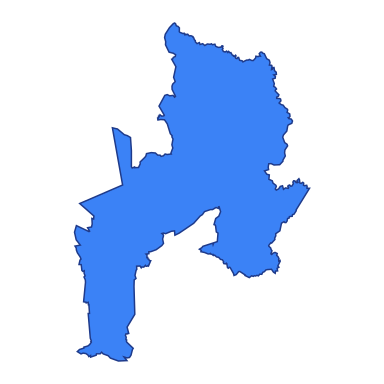 Actopan, Hidalgo, Mexico (Natural Earth projection)
{"feature_id": "50627088B28415478527281", "entity_name": "Actopan", "entity_type": "district", "adm_level": 2, "iso_a3": "MEX", "parent_name": "Mexico", "parent_adm1": "Hidalgo", "projection": "natural_earth1", "projection_center": [-98.884, 20.309], "detail": "fine", "context": "isolated", "style": "filled", "palette": "blue", "viewbox_px": 384, "rotation_deg": 0, "n_neighbors": 0, "source": "geoboundaries", "source_scale": "gbopen_adm2", "svg_char_len": 5944}
<svg xmlns="http://www.w3.org/2000/svg" viewBox="0 0 384 384"><path d="M273.7,86.4L274.3,83.6L272.6,79.0L275.2,78.2L275.4,76.4L273.8,74.9L276.4,74.4L276.2,72.2L274.5,70.6L274.0,67.5L273.2,67.6L272.3,69.3L271.5,69.6L272.0,66.1L271.6,65.3L269.4,65.1L270.0,62.6L269.3,60.2L266.7,58.7L264.3,53.7L262.6,53.1L261.8,52.1L260.5,52.2L259.2,53.7L260.4,56.2L259.0,56.1L258.2,56.6L255.9,56.2L255.6,58.0L253.3,60.5L251.8,60.5L249.3,59.4L248.6,60.0L246.5,60.1L242.9,61.9L242.2,60.8L239.6,60.3L238.6,57.4L237.9,57.4L237.0,58.6L235.8,58.3L235.4,57.5L236.0,55.8L235.6,55.2L234.3,56.4L233.5,56.2L233.4,55.5L232.3,55.1L230.9,52.6L230.0,52.8L228.6,51.4L227.8,52.5L226.6,51.1L225.2,52.0L223.4,51.5L222.3,49.4L223.0,48.6L222.4,47.3L223.0,46.2L222.5,45.8L221.9,45.8L220.8,47.2L218.2,47.4L215.7,46.3L214.9,44.2L212.4,44.7L211.4,43.8L210.1,44.3L207.3,44.0L204.8,45.5L202.7,43.7L200.0,44.5L199.4,42.6L197.0,43.6L195.4,41.9L195.3,40.6L194.3,39.6L193.8,37.9L193.0,37.4L193.0,36.6L190.9,35.7L189.2,35.9L187.7,34.2L186.9,34.7L185.8,34.1L185.0,34.9L184.1,33.2L183.1,33.6L179.8,32.3L179.3,31.7L179.4,27.9L178.0,26.4L176.3,25.8L175.6,23.8L174.7,23.0L173.3,23.6L169.5,27.6L165.3,34.2L164.6,37.6L165.7,41.7L165.5,44.8L169.1,52.2L173.2,53.2L175.6,54.7L175.3,56.5L173.3,57.4L172.8,58.7L171.7,59.2L175.9,66.7L173.6,77.3L175.2,81.6L172.7,84.1L172.0,86.2L172.1,89.4L175.5,96.3L174.6,97.2L173.0,95.4L169.7,95.8L167.2,94.6L164.8,95.4L159.0,106.1L164.3,115.2L163.9,115.8L161.8,116.2L160.0,114.8L159.7,115.6L159.1,115.5L159.1,116.5L158.5,116.5L158.6,117.4L157.7,117.9L158.1,118.8L157.4,118.4L158.3,119.8L157.2,120.1L160.8,119.5L164.5,119.8L167.3,123.9L170.3,133.7L172.1,135.7L171.9,136.9L173.0,139.0L171.9,144.8L172.8,148.0L170.9,153.1L171.3,154.0L167.1,154.5L165.1,154.0L163.4,155.8L161.1,156.4L160.2,155.2L157.7,155.1L155.4,153.0L151.3,152.6L146.5,153.6L145.9,155.9L145.0,157.2L140.1,162.0L140.2,163.9L138.5,167.5L134.5,167.7L134.5,167.0L132.2,168.0L131.4,166.7L131.4,150.7L130.5,137.5L127.3,135.6L124.3,134.7L117.5,129.0L112.4,127.8L122.6,185.0L79.7,203.5L93.9,216.0L93.6,219.0L91.9,218.4L92.2,224.0L91.5,227.0L87.6,227.7L89.6,231.2L89.0,231.6L76.4,225.6L74.5,232.2L76.2,239.8L80.3,245.1L75.0,246.1L76.2,248.0L76.4,250.1L77.4,252.8L80.2,257.0L81.0,259.1L80.0,260.1L79.0,264.5L81.2,264.6L81.9,270.5L82.9,271.4L84.2,270.8L84.1,273.2L85.1,275.9L84.0,277.0L85.3,279.8L85.5,282.3L83.6,301.8L86.3,302.3L86.3,302.9L88.2,302.3L88.4,304.7L88.9,304.6L89.5,313.4L88.2,313.5L90.3,338.3L91.3,340.9L90.8,341.5L91.3,342.2L89.6,344.6L87.8,346.0L83.9,347.1L83.9,348.1L79.5,349.5L77.3,351.6L81.0,353.9L83.1,353.1L86.0,353.6L87.9,355.0L88.9,356.6L90.6,355.5L90.7,357.1L96.2,355.2L96.5,353.8L100.2,353.8L101.6,352.2L103.2,353.9L108.2,355.7L110.4,358.1L118.4,361.0L126.9,360.6L124.1,357.0L127.0,357.9L129.5,357.5L131.0,355.2L132.4,349.7L133.2,348.3L126.8,342.2L126.4,341.1L126.7,340.0L125.9,339.5L126.2,337.2L125.4,335.4L125.9,333.9L127.5,333.9L127.6,334.4L127.7,333.5L128.7,333.4L127.1,327.1L134.8,314.3L134.0,286.6L134.2,279.9L136.0,278.5L135.0,275.4L136.1,270.3L136.8,269.4L136.6,266.2L140.0,266.0L141.2,267.8L141.7,267.0L143.8,267.1L145.4,265.4L145.8,266.1L146.9,266.3L148.0,265.6L148.5,266.0L150.7,260.7L149.4,260.6L148.8,259.2L148.0,259.0L147.7,257.5L146.9,257.6L147.0,254.9L146.1,254.1L148.9,253.7L148.8,251.8L150.7,251.7L156.2,249.7L161.8,245.6L163.5,243.4L162.6,239.0L163.5,235.8L163.2,234.7L161.9,233.5L163.6,233.1L165.6,233.7L171.3,231.3L174.5,230.9L174.9,235.2L179.2,233.1L193.7,223.3L200.2,216.0L202.4,214.6L204.5,211.6L210.4,209.6L212.5,209.6L216.0,207.5L218.7,208.5L218.6,206.8L219.1,206.7L220.6,211.7L218.8,216.2L215.7,218.5L214.0,224.6L215.3,225.1L215.6,226.0L216.3,231.9L218.0,233.1L217.3,241.6L213.7,242.8L213.1,244.5L212.8,243.1L202.9,246.3L201.8,247.7L199.4,249.2L201.3,250.4L200.9,251.7L204.6,252.5L208.0,253.9L209.2,254.0L210.3,253.4L210.7,254.1L211.8,254.2L212.9,255.1L213.2,254.7L213.7,255.5L214.7,255.2L216.5,256.9L218.7,257.4L220.5,259.4L222.4,259.8L223.6,261.7L223.3,262.3L223.8,263.6L225.9,263.9L226.3,263.2L226.8,263.6L227.5,267.6L228.3,268.2L229.3,267.3L230.1,267.5L233.5,273.5L234.0,275.5L236.2,274.6L238.7,271.6L239.9,271.5L245.2,275.0L245.0,275.5L249.3,277.6L251.6,275.8L253.3,276.4L254.3,275.7L255.6,276.0L257.0,275.3L258.3,275.9L259.8,274.2L261.8,274.3L262.7,272.4L264.5,271.6L265.8,270.0L267.3,269.6L271.5,269.3L273.5,272.2L275.2,273.3L275.5,271.1L277.6,270.9L277.1,268.3L278.9,267.2L277.8,266.0L280.2,261.2L280.0,260.4L278.8,261.1L278.6,259.6L279.0,258.7L278.0,256.6L276.7,255.4L277.2,253.5L275.0,252.4L273.0,253.2L271.7,254.5L271.2,254.2L270.9,253.6L272.0,250.8L271.1,249.5L270.7,248.0L268.8,246.2L268.7,245.5L270.7,242.9L271.6,243.1L274.9,239.5L274.7,238.0L275.8,235.9L275.7,233.7L279.9,230.8L281.5,223.2L284.0,221.7L284.9,222.6L285.9,222.6L287.0,221.2L287.6,218.5L289.1,218.1L289.4,216.6L292.2,216.3L292.5,214.6L294.0,214.2L296.2,210.8L296.2,209.8L309.5,188.3L307.0,188.3L307.1,186.4L306.7,185.3L304.4,185.7L303.5,185.3L303.7,183.1L302.8,182.3L301.1,183.4L299.8,182.9L299.5,179.8L298.9,178.7L297.0,180.6L297.1,181.4L298.0,182.3L297.6,182.6L296.2,182.6L294.9,180.9L293.6,180.8L292.9,182.1L293.3,183.8L291.8,186.1L290.6,186.2L289.7,185.0L288.3,185.5L287.8,186.2L288.6,187.7L288.2,188.4L285.5,187.9L283.5,189.3L282.5,185.8L280.3,186.4L278.6,188.9L276.3,190.1L275.3,189.0L276.3,186.4L275.9,185.3L273.0,183.1L272.3,180.8L268.9,179.3L269.3,174.9L266.8,174.2L264.5,170.9L268.6,169.6L268.2,167.3L268.7,163.8L271.1,163.6L274.0,165.0L279.7,164.7L282.9,161.3L283.0,160.0L285.3,156.0L284.6,152.9L284.9,150.0L287.6,145.9L287.1,144.3L284.7,142.6L282.7,137.2L283.5,134.9L286.8,131.1L287.7,125.9L288.3,124.9L291.8,123.3L292.5,121.0L291.3,119.1L288.8,118.6L288.2,117.7L289.3,117.4L290.0,116.4L289.7,113.9L287.1,112.4L287.7,110.0L287.4,109.2L284.9,107.6L283.2,105.2L281.0,104.5L279.1,103.0L280.9,100.9L280.6,99.1L279.9,98.6L276.7,98.4L276.7,97.1L278.4,96.2L278.9,94.8L275.3,91.1L275.2,90.3L276.5,89.0L275.3,87.3L273.7,86.4Z" fill="#3b82f6" stroke="#1e3a8a" stroke-width="1.5"/></svg>